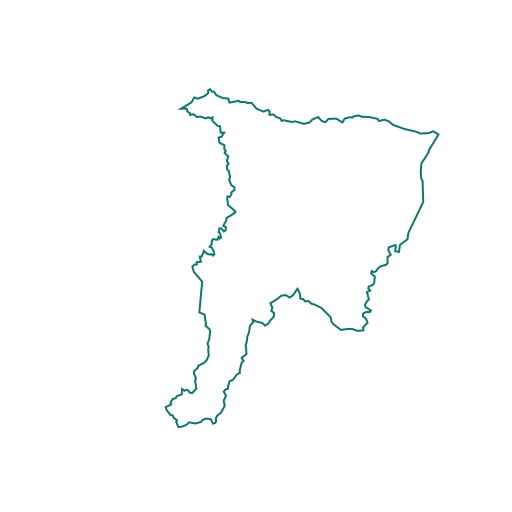 outline of Ciales, Puerto Rico, rotated 25°
{"feature_id": "32010507B34283188720428", "entity_name": "Ciales", "entity_type": "district", "adm_level": 2, "iso_a3": "PRI", "parent_name": "Puerto Rico", "parent_adm1": "", "projection": "mercator", "projection_center": [-66.527, 18.264], "detail": "fine", "context": "isolated", "style": "outline", "palette": "teal", "viewbox_px": 512, "rotation_deg": 25, "n_neighbors": 0, "source": "geoboundaries", "source_scale": "gbopen_adm2", "svg_char_len": 3779}
<svg xmlns="http://www.w3.org/2000/svg" viewBox="0 0 512 512"><g transform="rotate(25 256 256)"><path d="M132.6,144.1L125.8,154.2L131.0,151.7L132.8,154.1L135.6,154.3L136.6,156.0L139.5,153.9L143.6,155.0L147.3,153.0L152.5,152.5L154.0,150.4L156.7,150.5L158.1,148.8L159.3,152.0L166.5,154.3L168.5,153.6L171.9,159.2L175.0,157.7L174.4,162.4L172.0,164.5L175.2,168.9L180.4,168.9L182.4,172.9L184.2,173.5L184.0,175.9L188.8,177.5L189.4,182.2L192.2,184.0L191.5,186.1L193.1,189.7L195.3,190.4L199.3,195.6L199.4,198.2L203.6,202.2L207.5,202.9L208.6,205.2L206.7,208.9L207.7,210.5L207.1,213.7L205.1,213.9L205.3,215.5L209.2,221.7L217.8,224.0L218.9,225.1L215.9,230.2L213.3,233.7L214.0,236.4L213.6,242.5L216.5,242.5L217.6,245.5L216.6,247.3L212.8,245.7L211.2,246.3L212.1,250.2L213.9,250.8L216.6,254.0L215.8,255.4L214.0,254.6L214.3,257.5L209.9,259.0L209.5,260.8L210.9,264.0L210.1,267.2L212.8,267.2L216.4,270.3L217.5,272.0L216.8,273.8L215.0,273.0L213.5,274.3L209.7,274.6L206.6,273.4L207.0,279.5L205.3,280.3L208.5,284.5L204.9,286.6L205.9,288.9L203.9,289.7L202.8,292.5L206.3,296.6L218.1,302.0L222.3,313.9L228.5,331.1L234.1,330.8L239.3,338.6L239.7,340.5L245.1,342.1L246.5,344.0L248.8,351.3L249.1,355.9L251.8,358.8L252.0,360.6L255.2,366.0L255.4,370.5L254.5,374.1L250.0,380.0L250.4,382.2L248.6,386.6L249.8,389.1L253.5,392.5L253.5,394.8L258.0,401.4L256.0,407.2L253.4,407.9L252.0,406.6L249.3,406.8L248.2,408.4L245.2,407.9L247.2,412.7L243.4,416.6L243.3,418.8L240.9,420.9L240.5,424.8L241.9,426.4L238.0,431.0L239.8,433.2L245.8,436.3L247.8,435.6L249.7,437.4L253.8,438.3L253.8,440.1L258.1,443.9L261.5,441.5L264.4,438.3L265.7,435.0L271.9,433.4L276.3,429.7L276.7,427.4L279.2,424.6L283.9,423.0L287.9,426.1L289.6,424.5L289.7,422.8L288.2,420.1L288.4,417.0L290.4,413.1L291.0,404.9L287.9,400.9L287.8,395.1L284.1,392.7L285.0,389.6L286.8,388.0L285.7,385.9L285.0,380.6L287.3,378.2L288.8,371.3L290.8,368.7L289.6,366.6L288.1,359.0L289.0,356.2L286.0,354.3L288.8,348.9L285.3,342.5L284.3,341.6L284.0,338.3L282.2,332.6L282.0,328.3L280.0,321.8L281.5,317.1L279.8,315.2L283.7,315.3L290.3,314.0L293.5,315.3L295.8,311.9L296.0,309.1L297.8,303.3L296.5,300.1L293.0,299.2L292.8,296.2L289.0,292.7L293.3,286.2L295.6,281.4L299.4,278.9L304.1,279.4L306.2,275.8L307.2,269.1L307.5,268.1L312.1,272.0L314.2,275.9L317.0,275.1L319.6,276.4L322.4,274.7L326.6,275.8L330.2,275.2L337.3,275.5L348.9,279.7L350.2,280.7L351.6,283.2L354.8,285.1L364.3,287.1L369.2,283.8L374.0,281.5L379.7,280.9L384.8,278.0L384.3,277.0L383.2,275.6L385.3,269.3L382.3,266.5L378.3,265.3L377.5,262.8L379.6,260.1L382.9,258.7L383.2,256.9L376.7,255.9L375.3,254.3L375.9,249.5L376.7,247.7L371.8,241.8L374.0,239.0L371.4,237.9L371.1,236.0L374.1,232.8L374.5,230.4L372.4,224.5L367.7,223.1L367.3,220.7L369.4,220.9L371.1,219.4L371.9,215.2L373.7,212.2L377.5,209.2L378.3,206.9L375.6,201.3L376.5,199.9L377.6,198.0L373.2,194.5L372.8,192.0L377.0,187.6L378.4,187.4L380.1,192.8L383.8,191.9L381.8,185.1L386.2,176.9L385.5,174.5L384.3,170.4L384.6,148.8L384.7,144.2L384.7,136.3L375.2,117.5L373.2,116.2L370.5,111.7L368.6,107.2L366.8,102.2L368.6,89.0L368.0,87.2L370.0,68.8L363.8,68.1L360.6,71.7L353.2,75.5L348.6,75.7L336.6,78.2L324.6,79.2L319.5,77.8L314.8,78.2L310.4,81.7L308.2,80.3L299.0,82.5L293.2,85.1L289.8,85.2L285.4,88.2L285.1,89.7L282.6,90.4L278.3,93.9L277.9,98.4L270.7,97.6L263.7,101.1L262.5,105.1L260.9,105.7L258.1,105.7L253.7,103.8L249.5,108.3L248.0,112.5L243.6,115.9L234.6,117.4L232.1,119.3L223.5,121.3L222.2,122.7L219.6,121.0L215.7,121.5L212.3,120.3L208.5,122.4L207.3,119.3L205.2,118.4L201.7,122.0L193.9,122.2L187.4,119.1L183.2,121.1L181.7,120.8L176.3,123.2L174.5,122.6L171.5,125.0L167.1,128.2L164.2,125.0L159.4,126.9L152.0,127.0L148.5,124.9L146.7,125.7L143.8,124.2L142.6,126.2L143.9,128.5L141.7,132.9L136.8,138.0L133.1,138.3L132.6,144.1Z" fill="none" stroke="#0f766e" stroke-width="2"/></g></svg>